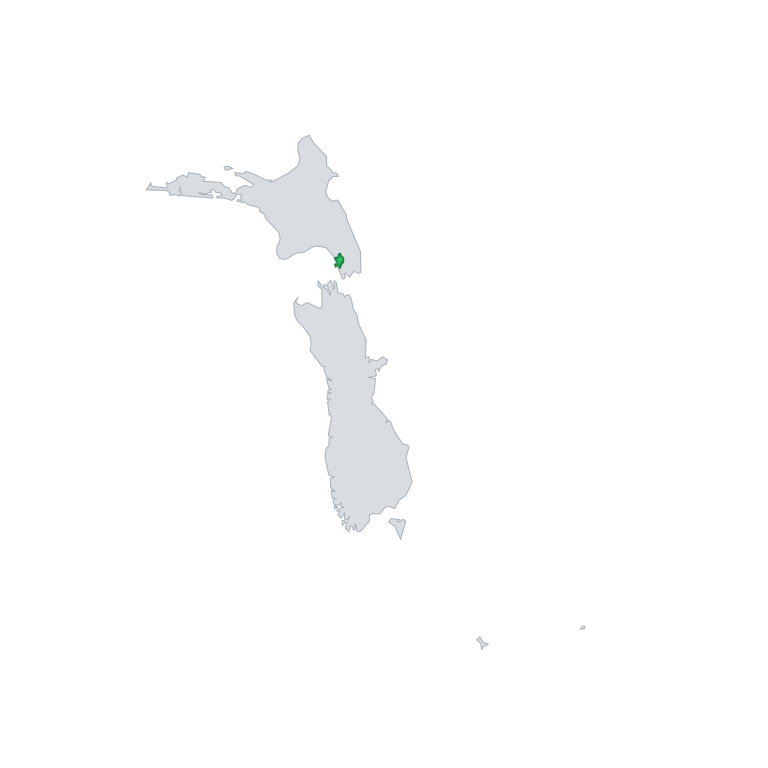 Kapiti Coast District, Wellington, New Zealand (highlighted), rotated 307°
{"feature_id": "76426892B40296921759207", "entity_name": "Kapiti Coast District", "entity_type": "district", "adm_level": 2, "iso_a3": "NZL", "parent_name": "New Zealand", "parent_adm1": "Wellington", "projection": "mercator", "projection_center": [175.125, -40.857], "detail": "fine", "context": "in_parent", "style": "filled", "palette": "green", "viewbox_px": 768, "rotation_deg": 307, "n_neighbors": 0, "source": "geoboundaries", "source_scale": "gbopen_adm2", "svg_char_len": 6182}
<svg xmlns="http://www.w3.org/2000/svg" viewBox="0 0 768 768"><g transform="rotate(307 384 384)"><path d="M405.9,287.6L408.7,287.8L421.0,278.3L426.1,276.2L427.5,276.0L424.7,278.9L425.4,280.9L422.5,287.4L424.9,286.3L426.4,281.8L428.0,281.0L427.4,278.4L434.8,279.3L432.3,283.8L428.4,286.4L430.8,286.6L436.4,282.0L436.3,284.7L429.1,292.5L431.3,296.8L429.4,300.3L431.5,299.9L434.3,302.6L432.6,306.2L424.7,315.3L423.5,319.9L416.4,328.1L408.5,343.2L394.0,353.1L396.7,355.8L391.6,359.5L395.7,358.8L398.4,364.7L404.9,366.6L405.4,372.2L401.2,373.8L397.0,371.2L391.0,372.2L393.0,369.9L390.5,368.3L386.0,373.0L379.7,367.5L383.2,374.0L370.6,381.5L365.3,382.1L363.4,386.1L360.4,386.4L362.1,387.7L358.1,408.5L354.5,408.5L357.8,410.8L357.3,412.9L353.1,419.0L347.3,435.2L349.4,439.0L349.1,441.7L338.4,445.9L322.6,465.6L308.4,468.4L300.3,466.1L291.0,467.5L289.4,461.9L286.3,458.9L277.8,459.1L274.0,453.0L270.5,451.4L266.3,454.7L253.3,454.1L250.9,453.1L250.4,450.9L255.4,444.7L250.8,448.1L248.9,447.7L250.8,444.9L250.5,442.3L245.1,444.9L245.6,439.6L257.5,436.2L252.8,435.7L252.5,433.9L257.2,429.9L250.9,430.3L252.0,425.7L255.4,425.6L254.2,422.3L261.2,425.7L260.2,422.5L263.0,421.6L258.2,419.2L258.0,415.8L260.5,413.3L263.7,414.4L261.6,411.5L267.4,405.7L268.7,410.1L269.2,403.7L276.5,397.7L279.5,400.1L278.2,394.5L290.6,380.3L297.5,376.6L301.3,377.2L307.6,372.9L310.3,374.6L309.3,371.4L310.1,370.0L326.2,361.9L326.2,359.3L328.0,358.9L326.8,358.2L336.1,349.5L339.9,350.1L337.6,347.6L341.4,345.3L345.1,347.1L343.0,344.3L346.4,342.7L348.1,345.0L348.3,341.6L353.8,334.7L354.8,340.2L355.5,339.4L355.2,333.9L359.1,327.5L362.2,326.2L360.7,324.2L366.4,304.4L372.3,301.9L377.6,296.0L381.1,285.1L382.2,276.9L385.5,270.9L394.4,263.2L401.8,263.2L396.6,264.0L395.9,268.0L397.5,271.4L402.8,273.8L405.9,287.6ZM402.2,79.7L410.0,92.9L414.0,88.9L414.6,91.9L422.2,95.5L423.6,94.3L429.9,97.7L430.9,102.4L435.2,100.8L440.6,110.8L439.8,113.4L441.5,116.9L437.0,117.3L446.9,132.6L445.7,138.1L447.3,141.8L445.0,148.7L449.1,150.8L450.5,149.1L459.0,153.3L461.1,159.9L464.9,159.7L463.5,144.1L461.1,140.1L462.9,137.7L468.3,145.9L470.5,145.5L473.0,152.3L475.8,166.9L479.1,171.5L477.3,170.7L476.9,171.9L478.6,173.3L494.7,180.8L506.9,184.0L513.8,181.0L518.0,175.1L524.8,170.5L531.2,170.9L537.6,174.7L534.1,182.9L531.1,201.2L524.0,206.5L522.4,215.9L523.7,219.7L522.4,222.7L519.4,218.7L513.0,217.5L502.1,222.1L499.2,226.7L498.8,232.6L503.0,236.3L496.5,251.7L492.7,256.0L475.6,285.5L459.2,298.4L457.1,297.2L455.7,292.1L448.8,292.3L449.3,286.5L448.4,285.8L445.8,289.1L442.8,288.0L455.7,266.5L457.9,255.9L455.5,250.3L451.9,245.2L441.2,240.8L436.0,235.4L425.8,231.2L422.9,228.6L421.7,225.2L423.6,219.6L429.1,216.2L437.1,214.0L441.9,208.5L444.8,191.1L447.8,184.9L446.9,180.9L450.0,178.1L445.1,167.2L446.1,163.9L444.6,163.5L441.6,156.5L443.4,156.3L445.2,160.1L446.9,156.9L450.0,156.1L446.4,151.8L442.0,153.1L439.0,151.8L436.7,145.2L432.0,138.2L433.4,137.9L437.2,141.5L438.4,138.7L436.0,134.6L437.0,130.5L433.9,128.2L433.6,130.8L428.3,127.0L425.3,120.6L425.4,123.9L431.5,133.2L429.8,135.1L428.7,134.2L413.1,109.6L418.3,103.0L415.2,104.3L412.3,108.4L410.8,106.7L409.8,103.6L406.0,99.6L407.7,97.2L407.8,94.0L396.0,77.4L404.2,76.6L402.2,79.7ZM280.6,470.6L285.2,478.0L282.7,477.5L282.7,479.1L287.5,480.8L287.5,484.0L270.1,490.7L276.8,478.2L276.4,470.8L280.6,470.6ZM237.5,618.7L239.0,623.8L233.4,621.2L230.4,622.3L234.9,617.4L235.6,612.0L239.6,612.8L237.5,618.7ZM464.2,128.7L465.1,133.4L460.1,129.9L459.9,127.4L461.2,125.7L464.2,128.7ZM425.3,274.2L422.1,276.1L422.9,272.0L426.6,269.4L425.3,274.2ZM251.2,434.2L250.8,436.8L246.0,435.7L249.7,432.8L251.2,434.2ZM310.3,688.5L311.6,690.5L309.1,691.4L306.5,688.4L310.3,688.5ZM256.9,417.7L257.9,421.9L254.8,419.8L256.9,417.7Z" fill="#d9dde1" stroke="#a8b0b8" stroke-width="1"/><path d="M462.0,270.5L461.9,270.4L461.7,270.2L461.4,270.2L461.2,270.1L460.9,270.0L460.8,269.9L460.7,269.9L460.6,270.0L460.4,270.0L460.3,270.3L460.3,270.5L460.2,270.6L459.9,270.6L459.7,270.4L459.7,270.5L459.2,270.6L458.9,270.7L458.7,270.8L458.6,271.0L458.4,271.1L458.2,271.2L457.9,271.1L457.6,270.9L457.4,270.8L457.2,270.8L457.0,271.0L456.9,271.0L456.6,271.0L456.6,270.9L456.4,270.8L456.4,270.7L456.3,270.4L456.5,270.4L456.6,270.2L456.7,270.3L456.7,270.0L456.3,269.7L456.2,269.6L455.9,269.6L455.9,269.3L455.0,269.0L454.7,269.8L454.6,270.0L454.4,270.4L454.1,271.0L453.8,271.7L453.8,271.9L453.6,272.3L453.2,272.9L453.2,273.0L452.9,273.5L452.6,273.9L452.5,274.0L452.4,274.1L452.2,274.2L451.9,274.5L451.5,274.7L451.4,274.8L451.2,275.1L451.2,275.3L451.1,275.6L451.2,275.8L451.2,276.0L451.1,276.7L450.9,277.2L450.7,277.7L450.7,277.8L450.7,277.7L450.7,277.8L450.4,278.3L450.2,278.6L450.0,278.8L450.7,279.0L451.2,279.1L451.6,278.9L451.7,278.6L452.0,278.6L452.3,278.5L452.4,278.4L452.5,278.3L452.6,278.2L452.9,277.6L453.0,277.5L453.1,277.4L453.2,277.6L453.3,277.7L453.3,277.8L453.4,278.0L453.5,278.0L454.1,278.1L453.9,277.4L454.5,277.2L454.4,277.1L454.8,277.0L455.0,277.5L455.3,277.5L455.5,277.6L455.8,277.5L456.0,277.8L456.2,277.7L456.3,277.7L456.4,277.8L456.5,277.9L456.5,278.0L456.7,277.8L456.7,277.6L456.8,277.6L457.0,277.5L457.3,277.8L457.5,277.6L457.8,277.7L458.0,277.7L458.3,277.5L458.4,277.4L458.5,277.3L458.5,277.2L458.4,276.8L458.3,276.7L458.6,276.5L458.8,276.4L459.0,276.3L459.0,276.2L459.3,276.2L459.5,276.0L459.7,275.9L459.8,275.9L459.8,275.7L459.9,275.4L460.0,275.4L460.4,275.1L460.4,274.9L460.5,274.5L460.4,274.4L460.5,274.2L460.4,274.1L460.4,273.9L460.4,273.7L460.3,273.4L460.3,273.2L460.4,272.9L460.4,272.7L460.7,272.5L460.8,272.5L460.9,272.4L460.9,272.2L460.9,271.9L460.9,271.7L461.0,271.6L461.1,271.3L461.3,271.2L461.2,271.1L461.3,271.0L461.3,270.9L461.5,270.7L461.8,270.6L462.0,270.6L462.0,270.5ZM450.3,272.9L450.2,272.9L449.9,272.9L449.7,272.9L449.7,273.0L449.8,273.0L449.7,273.2L449.7,273.3L449.6,273.6L449.5,273.8L449.3,274.0L449.2,274.0L449.0,274.3L448.9,274.3L448.8,274.5L448.7,274.5L448.6,274.8L448.5,275.0L448.8,275.1L449.0,275.1L449.2,274.9L449.3,274.8L449.5,274.6L449.7,274.4L449.8,274.3L449.8,274.2L450.0,274.1L450.1,273.9L450.1,273.7L450.3,273.4L450.3,273.2L450.5,273.2L450.4,272.9L450.3,272.9ZM449.3,275.0L449.3,274.9L449.3,275.0L449.3,275.0Z" fill="#22c55e" stroke="#15803d" stroke-width="1.5"/></g></svg>